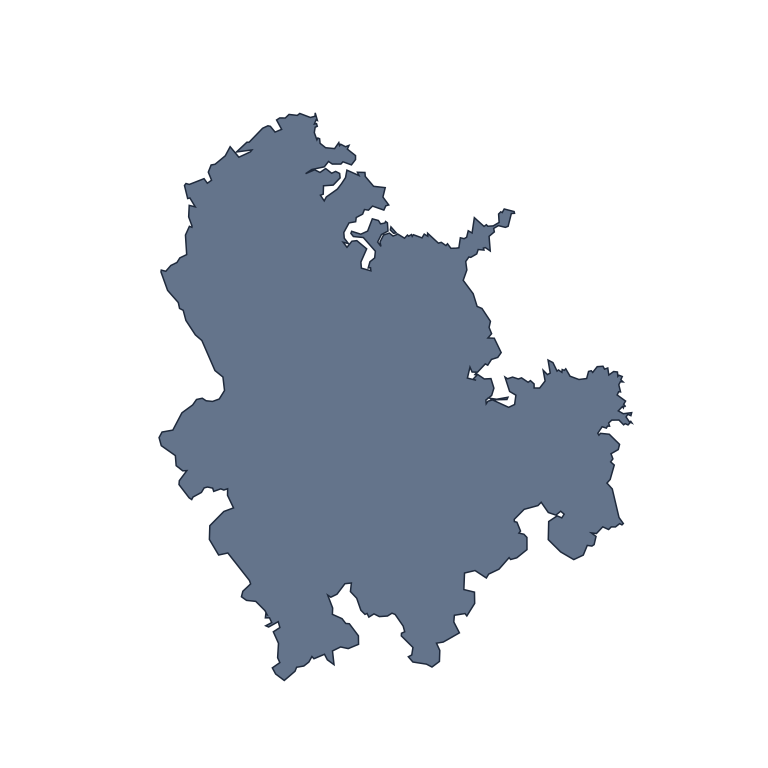 the district of Bandon - Kinsale Lea-6, Cork, Ireland, rotated 254°
{"feature_id": "5873133B71141720266314", "entity_name": "Bandon - Kinsale Lea-6", "entity_type": "district", "adm_level": 2, "iso_a3": "IRL", "parent_name": "Ireland", "parent_adm1": "Cork", "projection": "mercator", "projection_center": [-8.645, 51.706], "detail": "fine", "context": "isolated", "style": "filled", "palette": "slate", "viewbox_px": 768, "rotation_deg": 254, "n_neighbors": 0, "source": "geoboundaries", "source_scale": "gbopen_adm2", "svg_char_len": 6148}
<svg xmlns="http://www.w3.org/2000/svg" viewBox="0 0 768 768"><g transform="rotate(254 384 384)"><path d="M399.0,157.4L394.5,153.0L386.1,152.9L372.7,163.7L362.8,161.7L356.0,166.6L355.1,170.6L347.5,160.6L343.8,159.2L328.3,165.3L325.9,167.3L328.0,169.3L330.1,178.6L333.7,182.5L333.6,186.0L331.1,190.6L327.7,190.7L328.2,198.2L326.2,200.8L326.4,204.8L320.1,202.9L306.4,205.2L305.6,194.9L295.8,177.5L282.7,173.3L265.2,177.9L264.6,187.3L232.2,200.5L228.6,200.7L223.7,191.2L218.8,188.3L213.9,192.2L210.4,200.8L199.0,207.1L194.5,208.0L195.5,207.0L191.9,205.5L190.8,209.5L185.6,210.3L184.2,203.7L182.2,206.1L184.7,216.8L178.6,216.8L176.3,209.3L163.8,211.1L150.2,206.3L144.9,207.1L141.9,198.4L135.1,199.9L126.5,206.4L132.4,219.3L135.8,221.9L135.0,229.2L137.4,235.1L141.9,239.6L139.2,240.9L140.6,252.3L134.5,253.5L128.0,258.6L141.6,260.9L143.2,269.8L139.5,276.7L140.8,287.8L149.0,290.0L163.1,284.6L164.4,281.2L170.0,279.0L176.8,270.9L182.8,272.9L196.6,271.7L193.7,274.1L194.9,280.9L202.8,291.4L201.7,297.8L193.7,294.5L185.6,298.7L172.9,299.4L167.8,302.2L168.1,304.5L164.1,305.2L165.8,311.0L161.7,315.4L160.0,323.4L161.5,328.5L159.4,331.2L146.0,335.7L140.1,335.6L139.6,332.1L137.1,331.2L122.8,339.2L115.9,336.0L115.1,332.2L108.8,335.1L103.0,347.6L98.7,352.1L102.0,360.8L112.5,364.2L120.4,363.0L119.6,369.8L124.0,387.9L136.0,385.5L142.3,387.9L141.0,398.6L138.2,399.7L148.1,410.7L159.0,413.6L164.4,404.1L180.1,409.3L179.6,420.1L169.3,428.9L172.4,432.2L174.3,443.5L182.6,456.4L180.4,457.3L180.3,463.7L185.4,475.8L197.1,479.1L201.0,477.1L203.5,472.6L205.0,474.7L214.5,473.7L215.8,471.4L218.0,471.9L224.9,484.2L224.7,498.5L227.0,502.5L215.2,506.5L210.6,513.1L213.0,518.8L209.2,521.3L206.3,518.0L209.5,514.1L206.4,504.4L189.1,499.0L173.9,507.5L162.9,518.0L164.6,528.4L172.8,534.9L170.9,539.2L171.7,541.7L179.0,545.8L183.7,542.3L181.7,547.0L186.4,554.9L182.2,559.8L184.0,563.1L182.8,567.1L184.8,572.0L183.0,573.9L183.9,575.6L190.9,573.1L220.2,574.5L227.3,571.0L229.9,575.1L242.6,583.0L246.7,580.4L248.9,583.4L254.4,583.0L256.4,591.1L261.0,593.8L273.6,586.7L276.9,578.5L275.6,576.5L277.7,575.9L282.8,581.9L280.3,585.6L281.9,587.2L281.3,589.2L284.6,589.2L286.5,593.0L284.6,599.9L278.7,603.1L279.4,604.9L277.4,607.3L278.9,609.8L285.6,607.6L287.6,609.9L285.5,612.6L288.2,614.2L289.5,605.8L293.6,601.8L296.6,607.0L295.0,607.5L297.1,608.9L295.6,610.0L298.5,608.8L301.0,611.5L309.2,605.1L311.9,607.4L311.2,609.2L318.6,609.5L321.0,611.8L320.1,614.4L322.8,612.8L325.5,615.1L327.7,612.2L326.9,610.9L331.2,611.7L332.7,608.2L330.7,602.6L337.7,603.5L337.5,600.1L340.7,599.4L341.9,593.7L337.6,587.8L339.6,586.9L339.7,584.1L333.4,580.3L334.6,572.6L340.2,565.0L348.5,562.9L347.4,561.1L348.8,559.3L346.2,558.2L349.4,555.6L348.7,553.9L358.0,552.3L361.8,548.3L348.7,546.8L348.0,543.7L353.3,540.8L342.5,539.7L337.2,532.5L338.8,527.2L342.7,528.3L346.9,525.7L345.9,523.0L352.0,517.9L351.8,514.5L355.2,509.5L355.0,504.2L357.3,502.2L342.2,502.7L336.9,507.7L328.3,503.9L327.2,497.4L338.9,483.8L335.2,497.9L337.1,499.5L338.3,488.1L341.1,481.8L338.8,483.5L338.8,479.2L336.8,476.8L340.5,477.5L343.3,484.3L349.7,488.5L359.7,488.3L361.2,481.8L368.9,475.4L368.0,474.0L367.1,476.1L364.0,470.8L362.2,473.6L366.7,465.8L376.5,471.3L371.2,472.0L369.6,477.2L375.4,486.9L373.5,488.9L378.0,494.1L378.2,500.7L381.9,505.3L397.6,502.6L399.6,496.6L402.7,501.3L409.4,500.6L414.9,503.6L429.6,499.0L432.9,494.9L446.2,494.6L461.8,488.7L470.8,495.1L479.2,496.3L482.7,500.6L481.8,502.3L483.5,509.0L487.3,511.6L485.2,517.0L487.2,517.0L487.2,519.0L482.6,522.8L497.0,525.7L499.8,532.0L503.3,532.3L504.7,537.6L501.1,543.9L501.4,546.8L512.8,553.4L512.1,556.5L513.9,556.6L519.1,547.8L516.2,544.9L517.3,543.7L515.8,541.0L507.6,539.2L505.9,532.6L507.0,527.3L508.9,526.3L507.9,523.6L519.0,516.7L504.9,510.3L508.1,507.2L502.3,503.9L501.6,501.1L503.5,497.7L494.3,493.5L494.7,490.7L496.0,485.7L501.3,483.7L500.0,481.7L504.4,478.1L504.4,475.1L516.9,467.5L514.0,466.8L517.0,464.0L514.0,460.8L519.4,453.4L518.1,451.8L520.1,451.6L519.3,448.4L520.7,447.6L518.5,443.9L524.3,438.6L523.7,433.5L527.6,430.7L527.3,424.6L521.6,419.3L517.1,419.0L522.2,417.0L528.4,422.7L529.9,430.0L538.0,431.7L539.8,430.3L538.5,429.2L538.9,424.8L542.7,423.7L546.0,418.3L535.5,410.4L534.4,403.0L539.7,395.0L537.9,393.7L534.2,395.2L530.5,404.5L514.0,412.3L507.8,409.8L505.4,404.2L499.9,400.8L499.5,403.1L496.4,402.6L501.6,394.2L507.6,395.4L518.7,404.6L529.3,397.4L530.1,392.5L525.6,386.1L531.5,383.8L528.8,388.5L535.1,386.0L540.7,387.1L548.5,394.8L547.8,401.5L551.7,403.2L553.2,410.3L557.1,413.3L555.4,417.0L558.2,422.0L551.2,431.8L554.8,434.9L554.8,437.9L564.0,434.5L572.4,439.3L576.9,428.5L588.7,423.2L592.6,424.0L594.9,416.8L591.3,417.4L599.8,407.3L593.0,403.9L588.2,398.3L584.2,392.9L579.7,380.1L576.5,377.0L583.0,374.9L583.2,377.9L591.2,380.5L589.2,390.0L594.2,398.6L598.6,399.4L601.7,396.1L601.0,391.8L607.2,387.3L605.0,380.8L609.0,376.4L607.8,366.6L610.1,373.7L609.2,386.5L613.2,392.0L609.7,394.9L607.3,403.2L608.9,405.8L603.6,413.1L607.6,418.5L611.4,419.6L619.9,413.5L623.0,416.1L622.7,412.4L626.4,408.5L625.4,407.0L628.5,407.1L623.9,401.4L627.2,393.0L633.0,388.9L637.5,389.7L638.7,388.2L637.2,386.8L644.9,386.3L649.8,388.6L650.1,390.9L652.9,390.9L653.1,388.7L656.6,391.5L655.7,392.6L663.6,392.6L660.4,391.5L660.5,386.7L667.3,377.6L666.1,374.7L669.3,367.0L666.9,362.4L668.5,357.1L667.4,353.5L657.0,355.8L656.2,348.7L663.0,345.8L664.2,343.6L663.3,337.8L653.6,321.0L654.2,318.8L647.7,306.2L645.4,321.6L644.0,319.6L642.0,307.0L654.5,301.5L647.1,294.3L641.8,282.2L642.2,278.2L636.1,273.5L627.4,274.4L625.7,269.5L631.0,267.6L629.5,251.8L631.3,248.9L629.8,246.9L616.4,246.4L616.3,248.7L606.3,251.4L609.4,246.0L598.5,242.3L588.8,243.0L587.6,242.5L589.2,240.4L581.9,234.2L562.8,230.0L561.5,222.5L557.9,218.5L556.7,211.8L552.5,205.3L554.9,201.3L553.2,200.5L533.6,201.8L519.0,208.7L513.0,208.3L510.2,211.3L499.7,211.1L483.2,216.2L476.0,220.9L443.5,225.2L435.1,231.1L421.7,228.9L415.0,221.5L414.5,214.4L416.9,208.4L420.4,205.4L420.8,199.5L416.6,194.3L412.0,181.8L397.9,168.3L399.0,157.4ZM526.2,434.8L525.9,437.4L533.1,434.0L530.3,432.5L526.2,434.8ZM278.3,611.5L280.7,610.7L279.2,610.5L278.3,611.5Z" fill="#64748b" stroke="#1e293b" stroke-width="1.5"/></g></svg>